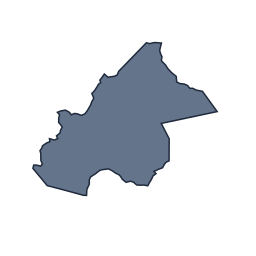 Jacuípe, Alagoas, Brazil (Mercator projection), rotated 300°
{"feature_id": "56859067B28231975677690", "entity_name": "Jacuípe", "entity_type": "district", "adm_level": 2, "iso_a3": "BRA", "parent_name": "Brazil", "parent_adm1": "Alagoas", "projection": "mercator", "projection_center": [-35.457, -8.891], "detail": "fine", "context": "isolated", "style": "filled", "palette": "slate", "viewbox_px": 256, "rotation_deg": 300, "n_neighbors": 0, "source": "geoboundaries", "source_scale": "gbopen_adm2", "svg_char_len": 1400}
<svg xmlns="http://www.w3.org/2000/svg" viewBox="0 0 256 256"><g transform="rotate(300 128 128)"><path d="M45.5,65.8L37.7,86.9L41.6,101.0L46.6,119.8L47.4,123.0L48.9,125.8L54.2,123.1L60.2,122.5L63.2,120.6L66.6,120.0L69.2,121.2L72.3,122.8L74.7,123.7L77.7,125.1L79.6,127.3L82.8,131.5L83.1,135.4L82.7,140.1L83.0,143.2L82.4,145.7L80.7,148.8L80.0,153.5L83.2,156.8L83.8,160.0L83.0,164.0L84.3,166.7L86.6,170.4L87.8,174.0L90.9,173.9L95.3,174.0L98.9,173.6L102.5,175.1L103.4,172.2L107.4,175.0L110.8,177.8L114.4,177.7L117.3,178.0L120.1,180.0L139.3,169.0L148.6,154.5L186.8,197.0L197.0,174.1L194.9,168.0L194.8,164.2L193.3,161.6L194.6,158.3L194.2,154.7L192.4,150.6L192.3,147.1L196.8,144.0L197.8,137.9L199.3,132.9L201.3,129.1L202.9,123.4L206.9,121.6L208.6,119.0L211.1,116.6L214.7,115.5L218.3,114.5L215.4,108.4L211.9,104.5L211.0,101.3L172.5,91.6L168.7,92.1L166.2,90.6L162.0,85.3L162.9,80.5L158.8,80.2L155.4,79.7L153.7,81.7L151.3,80.6L147.8,80.6L143.3,80.3L139.8,79.4L136.8,83.4L132.1,83.6L129.1,84.1L126.5,84.1L122.8,84.1L118.8,83.6L115.7,81.4L114.9,77.0L113.8,74.3L111.1,72.4L112.3,69.3L112.2,64.9L109.3,61.4L106.3,59.0L105.2,62.1L101.8,63.1L98.1,65.2L97.0,68.4L95.8,70.6L92.3,70.7L89.8,71.6L85.4,70.0L83.7,72.4L80.7,70.2L79.5,65.3L77.1,67.2L74.5,65.1L70.0,62.9L67.2,63.4L64.4,63.1L62.1,65.4L56.4,68.7L54.0,71.9L51.3,71.4L50.3,67.7L48.8,64.9L45.5,65.8Z" fill="#64748b" stroke="#1e293b" stroke-width="1.5"/></g></svg>